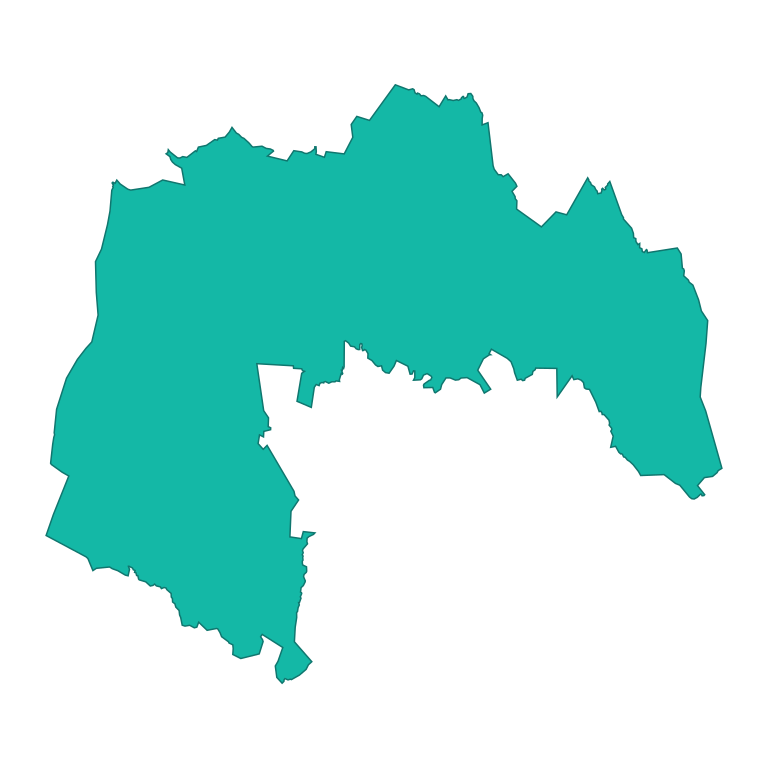 the district of Santa María del Río, San Luis Potosí, Mexico
{"feature_id": "50627088B88756295240555", "entity_name": "Santa María del Río", "entity_type": "district", "adm_level": 2, "iso_a3": "MEX", "parent_name": "Mexico", "parent_adm1": "San Luis Potosí", "projection": "equal_earth", "projection_center": [-100.523, 21.735], "detail": "fine", "context": "isolated", "style": "filled", "palette": "teal", "viewbox_px": 768, "rotation_deg": 0, "n_neighbors": 0, "source": "geoboundaries", "source_scale": "gbopen_adm2", "svg_char_len": 6083}
<svg xmlns="http://www.w3.org/2000/svg" viewBox="0 0 768 768"><path d="M46.1,535.5L86.0,556.8L87.9,558.5L92.9,570.6L96.4,568.3L109.6,567.0L112.3,568.7L117.8,570.7L125.3,575.1L128.1,575.8L129.5,569.4L128.4,566.3L128.9,566.2L132.5,568.0L133.3,569.8L135.1,570.5L134.6,572.4L135.9,572.7L136.6,575.5L137.8,575.6L138.6,579.1L139.3,579.9L145.7,581.8L150.3,586.0L153.0,585.4L154.6,584.1L156.4,585.9L160.4,586.9L161.4,588.6L164.1,587.5L166.0,588.0L166.8,589.6L171.1,593.4L171.3,597.1L172.4,598.5L172.6,602.0L174.9,603.8L175.8,607.1L179.1,610.5L179.6,615.0L180.7,617.6L182.2,625.2L185.0,626.1L189.7,625.3L194.3,627.8L196.8,627.2L198.7,622.2L207.1,630.3L216.5,628.5L217.7,628.8L220.0,632.6L221.6,636.7L228.5,641.8L229.0,643.0L232.8,644.8L233.2,648.6L232.8,654.5L240.8,658.5L259.2,653.9L263.1,641.6L262.5,639.6L260.6,636.8L262.2,634.4L282.8,647.5L278.0,661.3L275.3,666.0L276.8,677.4L282.1,683.2L283.9,681.4L284.1,679.7L285.0,678.6L288.0,679.9L290.3,679.2L291.4,679.6L299.4,675.1L306.1,669.4L308.4,664.8L311.8,661.7L294.4,641.8L295.2,627.3L296.7,617.5L296.6,612.5L297.5,611.6L298.1,607.6L299.3,604.9L298.6,602.6L299.4,602.6L301.0,598.2L300.3,596.9L301.7,593.6L301.5,592.7L300.5,592.1L301.1,587.6L303.3,585.6L305.1,582.0L305.3,580.9L303.6,576.8L304.0,574.5L306.3,572.3L306.7,571.1L306.5,566.8L302.9,565.1L302.4,563.7L302.3,561.2L303.0,560.1L302.7,557.3L303.1,556.1L302.2,554.8L303.2,552.8L302.5,550.5L303.1,548.9L307.5,543.8L306.9,541.9L307.1,538.2L308.9,536.6L313.5,534.4L314.9,532.9L303.3,531.6L301.4,538.6L289.9,536.9L291.0,511.3L298.6,500.0L295.0,495.9L294.0,491.3L267.1,445.4L263.2,449.3L258.1,443.6L259.5,434.9L263.5,436.9L263.8,431.4L270.6,429.7L270.7,427.8L268.2,426.6L268.5,417.8L263.7,410.7L256.8,363.7L293.3,365.8L293.6,368.3L301.7,368.8L302.5,370.6L304.5,371.3L301.7,373.3L297.0,401.3L311.3,407.4L314.3,387.3L316.2,384.5L319.1,385.6L319.9,383.3L321.9,382.5L323.7,382.9L323.9,382.1L325.3,381.5L328.8,383.2L331.8,381.8L335.0,381.8L336.1,380.9L339.6,381.4L339.3,379.9L340.8,374.8L341.1,375.3L341.0,374.0L341.3,373.4L342.4,374.1L342.7,373.5L341.5,370.4L342.2,370.5L342.6,367.5L343.6,368.5L344.1,366.8L344.3,341.4L345.5,340.7L348.6,343.0L350.6,346.1L354.5,346.8L356.2,348.8L358.2,349.6L359.7,349.5L359.8,344.5L360.8,343.5L361.8,343.8L362.2,345.8L361.6,347.3L362.6,350.6L363.8,350.4L364.4,349.5L365.9,350.1L368.0,353.6L367.8,358.1L371.9,360.5L375.5,364.9L377.9,366.5L381.5,365.8L382.6,370.1L385.5,372.6L389.1,373.2L394.0,366.2L396.4,360.5L407.9,366.2L410.1,374.2L412.1,374.0L413.5,370.8L414.8,371.0L414.8,377.6L413.5,380.2L420.4,379.8L421.8,378.8L423.5,375.1L427.1,373.6L431.0,376.0L431.9,377.4L430.7,379.9L429.2,380.4L424.1,384.0L423.5,385.2L423.9,387.7L432.8,387.5L434.5,392.3L435.3,392.8L440.5,389.2L441.7,384.6L446.0,377.9L450.1,377.9L455.4,380.1L458.8,379.7L461.1,378.0L467.1,377.6L480.0,384.7L484.3,393.1L490.7,389.2L477.7,370.2L483.4,358.8L489.4,354.8L490.6,354.7L489.1,353.6L491.4,349.2L507.2,358.3L511.0,361.7L513.8,368.8L514.6,372.7L517.3,380.2L521.1,379.2L522.7,380.6L524.6,380.2L525.2,378.3L532.3,374.4L532.9,371.4L535.2,369.7L535.7,368.1L556.8,368.4L557.2,397.0L572.1,375.8L573.8,379.6L577.9,378.8L581.2,380.2L583.5,382.6L584.4,387.8L586.1,389.0L589.5,389.4L595.8,402.2L599.2,411.6L600.9,411.3L601.9,412.8L602.2,414.5L604.1,414.6L609.0,420.2L609.6,423.2L609.1,425.1L611.6,428.2L611.8,429.4L610.8,431.2L613.2,436.1L610.7,447.3L615.6,446.3L618.9,452.3L620.7,453.9L621.4,453.7L622.5,454.4L623.6,456.9L625.2,457.3L627.4,460.0L629.8,461.5L633.2,464.7L638.5,471.5L640.7,475.5L664.1,474.6L675.4,483.4L679.8,485.2L689.5,497.0L691.7,498.7L694.2,499.0L697.2,497.4L700.6,494.1L701.2,494.1L702.1,495.8L703.9,495.6L704.7,494.7L697.5,485.6L704.4,477.6L712.6,476.4L717.0,472.7L718.2,470.6L721.9,468.3L705.7,411.0L700.2,397.0L700.8,387.5L706.0,343.5L707.7,320.6L701.4,311.0L698.6,299.9L692.9,285.1L689.2,282.2L688.4,280.1L683.7,275.8L684.3,270.9L683.7,269.0L682.4,268.2L681.1,254.0L677.3,248.0L647.4,252.7L647.1,250.1L646.4,249.6L644.2,252.5L642.3,251.5L641.9,248.8L639.6,247.7L639.7,243.5L637.9,244.6L635.9,241.4L635.8,238.6L633.7,237.7L633.4,233.4L631.6,228.2L623.4,219.0L623.5,217.7L621.7,214.7L609.8,181.5L607.7,183.9L607.6,185.2L605.3,187.4L605.8,188.9L605.3,189.5L604.2,189.9L602.6,188.3L601.7,189.2L601.9,190.5L601.1,193.0L597.7,193.7L597.1,191.0L595.8,189.7L594.5,186.9L591.3,184.7L590.5,182.5L588.7,180.7L588.8,179.7L587.7,177.8L566.7,214.8L556.0,211.9L541.4,226.9L516.6,209.1L516.9,200.8L515.2,198.6L515.1,196.6L512.0,191.3L516.9,186.3L515.5,183.2L508.1,173.8L503.1,176.7L501.3,174.8L498.2,174.7L494.2,169.2L493.1,165.7L488.0,122.7L482.1,124.9L482.2,118.5L482.7,115.2L481.9,112.7L480.8,112.2L479.0,107.6L476.3,103.0L474.0,100.8L472.9,98.5L472.8,96.3L470.8,93.5L468.1,93.7L467.1,96.9L464.8,98.4L464.1,98.4L463.5,96.5L462.8,96.5L461.4,97.9L461.2,98.9L458.5,100.4L456.9,99.7L453.2,100.5L449.0,99.6L448.0,99.9L445.7,95.9L439.1,106.7L425.6,96.3L423.6,95.5L421.0,95.8L419.5,93.9L417.6,93.1L417.0,94.1L415.0,92.8L414.1,89.7L412.7,88.8L408.7,89.9L395.3,84.8L369.5,120.4L356.8,116.4L351.2,124.5L352.8,137.3L344.2,153.9L326.2,151.7L324.4,157.3L315.9,154.3L316.3,151.7L316.0,146.8L314.8,146.8L314.8,148.7L310.9,151.9L307.1,153.5L304.7,153.3L301.8,151.9L293.8,150.7L287.1,160.9L267.4,156.1L273.5,151.1L273.2,150.4L270.4,149.0L266.2,148.4L262.0,146.2L253.2,147.1L252.1,146.6L249.2,143.2L244.0,138.4L241.6,137.3L238.7,134.3L236.4,133.1L232.0,127.4L229.3,132.1L225.1,137.1L218.3,138.3L217.4,140.1L214.7,139.6L206.4,145.4L198.4,147.1L196.6,151.5L195.4,150.8L186.9,157.4L182.7,156.6L180.0,158.0L177.6,157.9L170.2,152.0L168.3,149.7L167.8,152.6L166.1,153.8L169.9,156.6L170.8,159.6L172.5,162.1L175.3,164.6L181.7,168.2L184.8,185.0L162.7,180.0L149.0,187.3L130.7,190.1L127.8,189.2L120.2,184.0L116.8,180.1L115.1,183.3L112.9,182.2L112.1,183.0L112.6,183.9L113.1,183.4L113.5,184.9L112.7,186.5L113.2,187.3L111.8,190.2L110.0,211.1L107.5,224.6L101.5,249.1L95.5,261.6L96.3,292.4L98.1,315.1L91.8,341.9L86.0,348.3L77.4,359.4L66.5,378.2L56.6,409.2L54.2,432.7L54.6,434.9L53.8,437.3L52.7,444.3L50.6,463.3L51.4,464.5L62.1,472.2L68.8,476.0L53.4,514.5L46.1,535.5Z" fill="#14b8a6" stroke="#0f766e" stroke-width="1.5"/></svg>